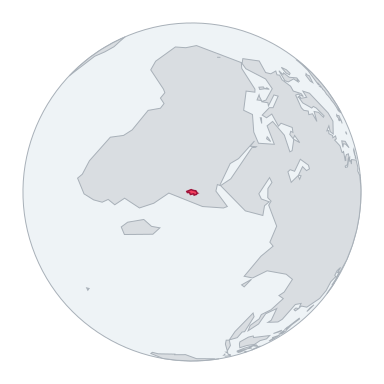 Gedo on an orthographic globe, rotated 68°
{"feature_id": "SOM-2314", "entity_name": "Gedo", "entity_type": "Region", "adm_level": 1, "iso_a3": "SOM", "parent_name": "Somalia", "parent_adm1": "", "projection": "orthographic", "projection_center": [41.827, 2.779], "detail": "fine", "context": "on_globe", "style": "filled", "palette": "rose", "viewbox_px": 384, "rotation_deg": 68, "n_neighbors": 0, "source": "natural_earth", "source_scale": "10m", "svg_char_len": 7314}
<svg xmlns="http://www.w3.org/2000/svg" viewBox="0 0 384 384"><g transform="rotate(68 192 192)"><circle cx="192" cy="192" r="169" fill="#eef3f6" stroke="#a8b0b8"/><path d="M23.1,195.9L25.0,201.6L28.1,209.9L29.4,220.2L29.7,231.4L36.5,256.0L38.4,262.4L33.2,249.7L29.0,236.6L25.9,223.2L24.0,209.6L23.1,195.9ZM288.1,53.0L289.4,53.9L289.5,54.0L301.6,63.4L312.7,73.8L321.5,84.5L327.2,91.2L330.1,95.3L330.8,97.3L326.6,91.3L323.9,88.6L321.4,85.3L321.2,87.2L317.6,82.5L319.2,86.8L322.7,90.8L324.3,90.4L327.2,96.9L333.6,104.5L338.5,113.5L341.8,128.7L338.8,133.2L339.5,136.1L336.2,132.6L335.0,138.3L343.8,155.9L344.7,161.0L341.3,170.4L340.6,166.6L331.8,157.1L332.5,169.3L339.3,179.7L341.7,192.0L337.5,188.0L334.8,177.3L331.6,173.6L330.8,162.9L325.0,147.3L320.6,150.2L319.3,144.0L310.6,131.6L303.5,135.5L293.2,151.9L294.4,168.0L289.7,175.2L277.4,152.2L272.6,137.1L267.7,138.6L255.4,126.3L232.9,125.8L230.1,122.1L225.7,123.9L217.2,120.3L213.1,114.3L207.7,114.7L218.7,130.7L224.5,130.3L230.0,124.1L231.9,129.9L240.3,135.1L229.5,149.6L196.8,163.1L194.3,151.1L173.3,119.8L174.4,116.4L174.3,116.0L174.1,115.3L171.4,120.9L168.1,115.0L178.5,136.3L179.9,145.9L196.3,163.8L194.6,165.7L200.1,169.5L218.7,164.7L218.6,168.8L209.4,187.7L184.3,213.9L188.1,231.6L187.1,246.7L172.5,256.8L174.9,268.4L167.5,272.5L167.8,279.1L162.5,286.1L153.3,292.8L136.3,292.9L134.4,287.0L124.6,275.4L110.6,247.2L113.9,234.3L112.0,224.2L99.9,202.1L102.5,189.9L99.5,184.8L93.1,186.1L89.8,180.0L86.0,179.9L63.3,184.5L57.1,176.7L51.3,153.1L55.9,143.7L57.9,133.0L90.5,97.8L96.1,99.6L120.2,95.1L123.0,96.3L118.7,104.0L135.6,113.5L142.8,106.9L159.6,112.3L171.7,112.1L178.6,97.8L158.8,97.6L156.8,90.8L173.9,85.1L191.4,86.2L191.2,83.7L181.3,77.9L186.6,73.6L178.0,75.7L180.6,78.2L175.3,79.8L172.7,77.7L174.6,76.1L169.7,74.9L161.6,83.7L163.3,87.2L149.6,88.8L151.1,95.1L147.0,98.1L142.8,88.7L144.2,85.3L135.4,76.2L132.7,79.7L140.8,88.9L137.7,88.2L134.2,93.9L134.5,89.0L126.3,78.9L114.8,81.4L97.9,95.9L91.6,97.4L87.4,94.9L95.7,80.6L108.8,79.0L111.9,74.7L111.2,69.0L115.2,69.3L116.5,67.0L121.7,66.5L130.8,61.0L136.3,60.3L141.6,54.0L145.2,53.0L141.0,56.9L141.0,59.6L154.9,59.1L158.1,57.8L160.5,53.9L164.0,54.7L164.6,51.0L173.4,49.8L163.1,48.6L165.6,44.8L171.9,42.2L170.9,41.0L160.6,45.4L158.1,47.5L159.0,49.5L150.8,56.0L145.6,57.2L147.2,50.2L140.0,51.4L144.4,46.1L169.6,36.2L179.1,34.8L191.1,39.3L187.9,41.2L181.9,40.3L185.8,44.1L186.2,42.3L189.2,43.2L192.3,40.5L194.5,41.1L193.8,37.9L196.8,38.3L197.3,40.3L204.6,37.5L211.4,38.1L212.0,37.3L210.7,36.2L220.3,38.2L220.3,37.5L217.2,36.6L215.1,34.8L215.2,32.7L218.5,33.4L219.0,34.3L224.8,37.6L225.4,40.3L226.7,40.5L227.0,38.4L219.9,34.2L219.0,32.8L222.9,34.5L221.5,33.7L222.1,33.3L225.8,33.7L221.7,31.9L223.9,27.9L231.4,29.0L234.6,30.5L239.6,30.3L247.6,32.7L244.7,31.6L245.1,31.6L242.6,30.8L241.3,30.4L253.6,34.7L265.6,39.9L277.1,46.0L288.1,53.0ZM77.8,115.2L76.5,118.3L77.8,115.2ZM209.2,95.5L220.2,96.4L216.6,87.6L220.5,87.4L217.8,84.8L216.3,87.0L209.9,80.0L215.1,77.8L214.5,74.4L210.7,74.0L202.2,79.3L211.2,89.1L208.1,92.6L209.2,95.5ZM118.7,56.6L119.8,57.7L116.9,60.2L109.9,62.5L114.0,58.7L118.7,56.6ZM122.0,58.9L125.5,52.1L130.0,50.9L126.9,52.6L129.5,52.5L125.2,55.4L126.0,61.5L123.5,64.2L112.1,66.0L117.2,63.7L115.8,62.5L122.0,58.9ZM126.6,41.4L128.2,39.7L135.8,39.1L133.5,40.8L126.4,42.8L125.0,41.9L126.6,41.4ZM166.3,25.0L169.1,24.6L167.5,25.1L170.3,24.7L173.8,24.5L173.0,25.1L170.0,25.1L171.3,25.9L166.6,26.4L167.0,26.4L163.0,27.2L158.9,28.5L157.0,28.7L156.3,29.1L153.6,29.8L151.9,30.6L147.9,31.3L145.5,32.4L144.9,32.2L141.9,34.0L142.3,33.0L138.9,34.2L140.3,34.5L122.6,39.0L114.8,42.4L108.1,46.0L109.7,44.6L117.1,40.6L126.8,36.1L134.1,33.4L133.5,33.5L136.8,32.3L135.9,32.7L139.3,31.5L141.8,30.7L150.4,28.2L150.6,28.2L166.3,25.0ZM173.8,24.0L170.9,24.4L169.0,24.6L173.8,24.0ZM127.0,93.4L129.3,93.7L133.2,93.3L131.0,97.2L127.0,93.4ZM121.3,86.5L123.5,86.0L122.3,90.8L119.9,90.7L121.3,86.5ZM125.7,81.9L123.7,85.6L123.4,83.6L125.7,81.9ZM143.2,56.4L145.7,55.9L145.5,56.8L143.7,58.2L143.2,56.4ZM175.9,29.4L174.6,28.9L175.6,28.6L176.2,27.2L179.7,27.1L180.8,27.8L175.9,29.4ZM174.7,100.2L170.6,102.9L169.0,101.6L170.7,100.9L174.7,100.2ZM149.3,99.8L154.6,101.7L148.7,100.9L149.3,99.8ZM179.8,29.0L179.7,28.3L181.5,28.7L179.8,29.0ZM182.4,26.9L184.7,27.1L180.2,26.9L182.4,26.9ZM242.9,323.5L244.1,325.4L241.4,325.6L242.9,323.5ZM216.5,244.1L206.1,270.6L197.9,270.7L195.9,263.0L199.4,247.0L208.7,242.4L213.2,235.2L216.5,244.1ZM354.4,221.8L355.3,222.8L355.2,223.6L354.4,221.8ZM353.6,218.9L354.9,219.3L353.1,220.6L353.6,218.9ZM355.4,219.5L356.7,218.2L357.3,217.0L356.9,218.7L355.4,219.5ZM352.6,218.8L345.5,218.0L342.2,215.8L343.3,212.9L348.7,213.9L352.6,218.8ZM343.1,212.8L337.5,204.4L327.1,180.7L330.9,181.2L341.2,195.5L340.6,198.0L344.0,204.6L343.1,212.8ZM354.9,198.5L354.3,206.0L350.7,205.0L348.9,203.7L347.7,194.0L348.4,189.2L350.0,189.4L354.2,173.7L356.1,177.9L355.3,184.5L356.7,191.2L354.9,198.5ZM295.2,169.5L299.5,179.2L296.7,180.8L295.2,169.5ZM354.4,162.8L353.7,169.5L353.8,160.4L354.4,162.8ZM353.5,154.3L354.3,157.8L353.0,154.3L353.5,154.3ZM340.9,140.8L339.3,141.5L338.5,139.1L340.1,136.8L340.9,140.8ZM342.3,121.2L345.1,128.0L345.8,130.3L343.7,126.1L342.3,121.2ZM209.8,29.8L205.1,31.7L204.0,33.6L207.1,35.3L200.7,34.0L202.4,31.0L209.8,29.8ZM221.9,27.9L219.1,26.9L221.6,27.2L222.6,27.5L221.9,27.9ZM219.3,27.4L213.5,26.5L212.8,25.9L217.5,26.7L219.3,27.4ZM196.6,26.8L194.9,27.2L193.5,26.8L196.6,26.8ZM335.4,281.4L326.3,290.6L325.8,288.8L329.4,283.9L335.9,268.6L336.4,269.0L340.4,258.9L348.2,250.3L354.8,234.3L355.1,235.9L356.8,229.4L353.1,243.0L348.2,256.3L342.3,269.1L335.4,281.4ZM356.5,223.2L358.3,217.6L358.6,217.3L356.5,223.2ZM360.9,196.2L360.9,194.9L360.9,194.6L360.9,196.2ZM360.1,201.9L360.0,203.9L359.8,202.2L360.1,201.9ZM360.4,200.9L360.6,203.5L360.3,202.5L360.4,200.9ZM357.5,193.0L357.9,197.7L359.1,195.0L358.1,199.1L358.5,207.0L358.0,209.9L357.8,201.3L356.9,209.9L356.3,209.6L356.4,202.1L357.3,193.2L357.8,189.7L359.8,188.8L357.5,193.0ZM360.6,195.2L360.4,189.7L360.4,186.2L360.7,189.1L360.6,195.2ZM359.1,176.5L357.7,170.2L357.1,172.3L357.5,164.3L358.9,171.6L359.1,176.5ZM356.7,163.0L356.3,164.9L356.2,160.2L356.7,163.0ZM355.7,162.8L354.9,158.6L355.6,159.3L355.7,162.8ZM357.1,163.3L355.8,156.3L356.9,160.5L357.1,163.3ZM352.5,149.4L355.4,156.4L352.9,153.1L349.2,139.9L350.0,139.8L352.5,149.4ZM333.7,100.0L334.1,100.7L331.9,97.4L331.8,97.2L333.7,100.0ZM331.4,96.5L332.2,98.0L333.5,99.7L336.8,105.1L333.1,99.6L329.7,94.1L329.5,93.8L331.4,96.5ZM239.8,30.0L238.7,29.6L239.8,30.0ZM233.5,28.2L234.8,28.6L232.8,28.1L233.0,28.1L233.5,28.2Z" fill="#d9dde1" stroke="#a8b0b8" stroke-width="1"/><path d="M192.2,188.5L192.2,188.4L192.3,188.4L192.3,188.2L192.5,188.0L192.7,187.9L192.8,187.8L193.2,187.8L193.4,187.8L193.7,187.7L194.2,187.7L194.6,187.6L194.8,187.6L195.0,187.5L195.1,187.4L195.1,187.5L195.7,188.6L195.9,188.8L195.8,189.4L195.7,190.7L195.7,191.2L195.2,191.2L194.3,191.1L194.1,192.1L194.0,192.6L193.7,194.4L191.5,194.5L190.8,196.5L189.5,196.6L189.5,196.1L189.5,195.8L189.5,195.4L189.5,195.0L189.5,194.7L189.5,194.3L189.5,194.0L189.5,193.7L189.5,193.4L189.5,193.0L189.5,192.8L189.5,192.4L189.5,192.1L189.5,191.9L189.6,191.7L189.8,191.5L190.1,191.2L190.3,191.0L190.6,190.8L190.7,190.5L190.9,190.3L191.0,190.1L191.2,189.9L191.4,189.5L191.7,189.2L191.9,188.8L192.2,188.5Z" fill="#f43f5e" stroke="#9f1239" stroke-width="1.5"/></g></svg>